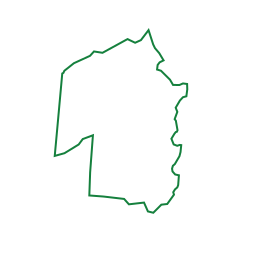 Cumberland, New Jersey, United States of America (Albers equal-area conic projection), rotated 233°
{"feature_id": "52423323B85945473450778", "entity_name": "Cumberland", "entity_type": "district", "adm_level": 2, "iso_a3": "USA", "parent_name": "United States of America", "parent_adm1": "New Jersey", "projection": "albers", "projection_center": [-75.162, 39.373], "detail": "fine", "context": "isolated", "style": "outline", "palette": "green", "viewbox_px": 256, "rotation_deg": 233, "n_neighbors": 0, "source": "geoboundaries", "source_scale": "gbopen_adm2", "svg_char_len": 972}
<svg xmlns="http://www.w3.org/2000/svg" viewBox="0 0 256 256"><g transform="rotate(233 128 128)"><path d="M172.6,73.4L149.8,52.7L146.1,62.1L144.5,78.7L146.4,85.2L143.3,95.6L115.4,71.1L97.4,56.5L88.0,67.2L73.7,82.2L66.5,82.8L58.8,95.9L49.4,93.7L45.1,97.2L46.7,108.5L43.7,113.6L47.1,124.6L49.5,125.5L50.7,128.6L50.9,131.6L52.2,133.7L59.6,140.2L62.5,137.7L66.5,137.4L69.0,138.7L70.8,141.1L71.0,143.7L74.5,152.1L77.2,155.5L82.3,160.2L83.3,159.2L84.2,156.6L87.4,154.6L93.3,156.2L95.5,161.7L96.0,163.7L95.6,164.8L96.4,166.2L105.0,170.6L107.0,170.6L111.2,177.1L115.5,178.3L118.7,186.0L119.5,190.4L118.2,193.7L123.2,198.6L127.6,201.7L130.5,198.7L131.4,194.9L135.3,189.9L141.3,190.6L153.9,188.8L157.2,186.4L160.5,189.6L161.4,192.8L160.6,197.1L169.0,198.0L175.5,197.6L179.6,198.4L193.8,203.3L190.4,191.2L191.8,185.0L199.3,181.1L203.4,152.9L209.6,146.9L208.5,141.1L212.3,123.8L212.0,111.6L210.9,109.6L211.1,108.3L172.6,73.4Z" fill="none" stroke="#15803d" stroke-width="2"/></g></svg>